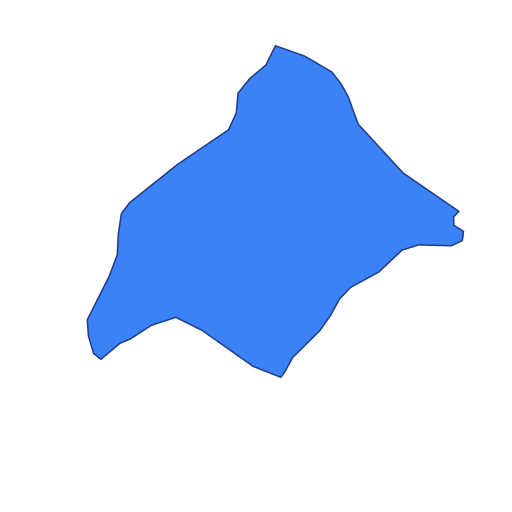 SVG path tracing the border of Bayburt, rotated 135°
{"feature_id": "TUR-3032", "entity_name": "Bayburt", "entity_type": "Province", "adm_level": 1, "iso_a3": "TUR", "parent_name": "Turkey", "parent_adm1": "", "projection": "robinson", "projection_center": [40.231, 40.313], "detail": "fine", "context": "isolated", "style": "filled", "palette": "blue", "viewbox_px": 512, "rotation_deg": 135, "n_neighbors": 0, "source": "natural_earth", "source_scale": "10m", "svg_char_len": 710}
<svg xmlns="http://www.w3.org/2000/svg" viewBox="0 0 512 512"><g transform="rotate(135 256 256)"><path d="M247.0,376.3L186.2,364.7L168.7,371.1L153.6,383.9L135.0,385.9L113.8,384.1L93.6,390.9L80.2,362.8L72.3,332.5L74.1,317.6L78.3,303.1L90.5,277.0L93.3,210.7L81.0,144.1L88.7,143.9L94.4,137.8L91.9,126.7L96.8,122.7L99.5,121.1L110.6,125.1L133.2,148.9L148.5,156.9L180.3,157.8L211.1,166.9L227.1,166.6L245.3,161.3L263.8,158.1L301.9,158.3L316.7,153.9L324.2,152.6L336.1,180.0L346.7,241.4L356.0,269.3L379.0,281.0L403.5,286.2L414.1,290.5L438.8,292.6L439.7,301.9L431.0,318.0L420.4,330.2L374.1,345.5L353.3,354.9L337.7,369.0L321.3,381.1L307.8,383.1L247.0,376.3Z" fill="#3b82f6" stroke="#1e3a8a" stroke-width="1.5"/></g></svg>